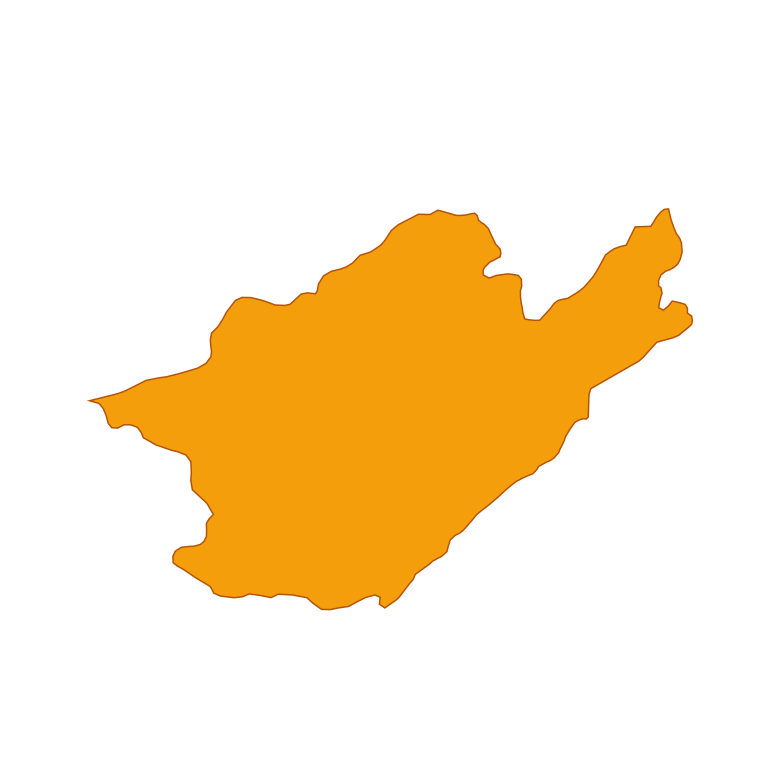 outline of Sebauh, Sarawak, Malaysia, rotated 17°
{"feature_id": "92858781B11810319562085", "entity_name": "Sebauh", "entity_type": "district", "adm_level": 2, "iso_a3": "MYS", "parent_name": "Malaysia", "parent_adm1": "Sarawak", "projection": "robinson", "projection_center": [113.621, 3.14], "detail": "fine", "context": "isolated", "style": "filled", "palette": "amber", "viewbox_px": 768, "rotation_deg": 17, "n_neighbors": 0, "source": "geoboundaries", "source_scale": "gbopen_adm2", "svg_char_len": 3314}
<svg xmlns="http://www.w3.org/2000/svg" viewBox="0 0 768 768"><g transform="rotate(17 384 384)"><path d="M460.8,583.5L466.6,567.9L469.0,562.4L469.6,556.9L479.6,543.6L482.3,539.2L486.2,535.1L489.5,532.0L493.2,525.8L492.9,520.7L492.9,513.9L496.2,508.1L499.8,504.7L502.5,500.9L505.6,494.1L508.6,487.2L511.0,481.4L514.9,475.6L517.6,471.9L521.3,466.4L526.1,458.9L528.8,454.1L532.1,448.6L535.4,443.5L539.1,438.4L543.9,433.6L547.8,430.2L552.7,426.1L555.1,421.3L556.0,417.5L558.4,415.1L562.0,411.4L565.3,408.7L568.4,404.6L571.1,398.4L571.4,394.6L572.3,389.9L572.9,385.4L572.9,381.7L575.0,373.1L577.7,364.9L579.5,362.9L581.9,360.8L585.0,358.8L587.7,358.4L588.9,356.0L588.0,352.3L586.8,347.8L585.6,343.4L584.4,339.0L583.1,333.8L583.1,328.0L621.2,287.4L623.9,283.0L632.7,264.2L646.8,255.3L651.7,251.2L652.8,249.4L654.1,247.4L658.9,240.3L660.7,236.8L660.4,233.4L658.3,229.0L653.5,227.6L652.0,222.8L648.7,219.8L643.5,219.8L635.4,220.4L633.0,226.6L629.6,231.7L624.5,230.7L623.6,225.9L623.3,219.4L623.3,215.7L620.6,210.9L617.9,209.9L616.3,204.7L617.0,198.6L620.3,193.8L623.6,191.4L627.5,187.3L629.9,183.2L630.8,177.8L630.5,170.6L627.2,162.1L624.2,158.3L619.4,154.5L616.0,150.4L612.7,146.0L610.3,142.6L604.9,133.4L604.0,133.7L600.9,135.1L598.5,138.5L596.1,144.0L593.1,155.2L578.3,160.3L575.0,180.5L570.2,183.2L564.7,187.3L561.4,191.1L558.1,195.9L556.6,203.7L554.2,214.6L552.3,221.1L549.3,228.0L546.9,233.1L543.6,238.2L539.4,243.0L534.5,248.5L530.0,250.8L526.1,253.2L523.1,257.3L520.6,264.2L515.8,274.1L514.3,277.5L510.1,278.9L504.0,280.2L499.5,280.6L495.9,275.1L494.1,271.0L491.4,266.2L488.9,260.4L487.1,254.6L487.1,250.2L484.7,243.7L480.8,240.9L474.7,241.6L469.9,242.6L459.6,247.4L453.6,251.9L447.3,250.8L446.7,249.8L445.5,246.4L446.1,243.0L449.7,236.2L451.8,234.5L455.1,231.0L457.8,228.6L457.5,224.9L455.7,221.1L450.0,217.7L446.1,213.6L443.0,210.2L438.2,204.7L433.1,202.0L429.5,201.0L426.4,199.6L423.7,195.5L420.7,194.2L416.8,196.2L412.5,198.6L408.3,200.3L403.5,201.7L396.2,201.7L384.8,202.0L378.4,208.5L367.3,211.6L351.0,227.6L346.1,235.1L343.1,245.7L340.7,251.5L336.5,257.0L332.5,261.8L323.5,267.9L318.6,277.5L313.8,283.0L309.0,286.7L300.8,291.5L294.5,298.3L292.1,307.5L293.0,314.0L292.1,317.8L284.2,319.2L278.5,322.2L270.9,335.2L266.1,337.9L256.7,340.3L247.1,339.7L241.0,339.7L231.4,340.3L222.9,342.7L217.5,347.5L212.4,361.2L210.8,369.4L208.4,377.9L204.2,385.8L205.1,392.9L207.2,398.1L209.6,403.5L210.5,408.7L207.8,416.2L201.2,423.3L193.0,428.8L184.6,434.3L173.7,440.8L166.4,444.2L155.6,450.0L147.7,457.5L138.4,466.4L132.0,471.2L107.3,486.1L117.1,485.9L122.8,489.6L127.6,495.5L131.8,502.3L136.5,505.4L142.3,503.9L147.3,499.0L153.7,497.1L160.8,497.5L166.0,501.4L169.7,505.8L183.8,508.9L200.4,509.5L205.9,509.1L215.3,509.8L222.1,514.8L225.8,525.5L227.5,532.9L231.7,541.2L249.5,549.8L259.0,558.7L256.3,563.8L254.9,569.2L257.1,575.8L258.8,581.9L257.8,587.4L255.3,591.1L250.3,594.4L244.5,596.6L237.9,599.4L233.3,604.9L232.5,610.6L234.6,616.5L239.3,618.4L248.0,620.4L260.7,624.4L277.2,628.5L282.4,633.8L289.7,634.6L303.1,632.2L310.8,628.9L316.6,624.1L327.4,622.4L338.4,621.3L344.2,616.0L358.1,612.5L372.7,610.9L379.9,614.3L390.2,617.8L398.7,615.4L406.2,611.3L415.0,607.2L422.8,599.3L428.9,593.5L437.0,588.4L442.7,589.1L444.0,595.9L450.3,597.9L459.0,586.7L460.8,583.5Z" fill="#f59e0b" stroke="#b45309" stroke-width="1.5"/></g></svg>